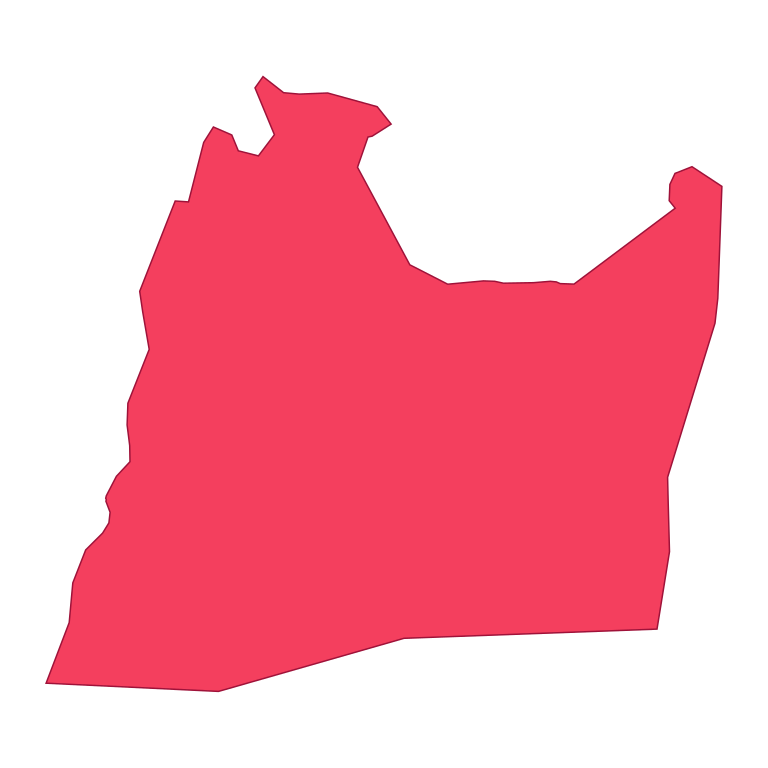 outline of Dikwa, Borno, Nigeria
{"feature_id": "59680162B86155479852967", "entity_name": "Dikwa", "entity_type": "district", "adm_level": 2, "iso_a3": "NGA", "parent_name": "Nigeria", "parent_adm1": "Borno", "projection": "robinson", "projection_center": [14.023, 11.955], "detail": "fine", "context": "isolated", "style": "filled", "palette": "rose", "viewbox_px": 768, "rotation_deg": 0, "n_neighbors": 0, "source": "geoboundaries", "source_scale": "gbopen_adm2", "svg_char_len": 914}
<svg xmlns="http://www.w3.org/2000/svg" viewBox="0 0 768 768"><path d="M46.1,683.2L218.5,691.4L404.0,638.3L657.0,629.1L659.0,616.8L669.5,551.7L668.1,498.8L667.6,477.3L715.0,323.2L717.8,298.4L718.6,276.9L721.9,186.4L692.0,166.7L675.0,173.4L669.9,184.4L669.2,200.7L675.2,208.2L574.0,284.1L560.2,283.6L556.3,281.9L550.3,281.3L533.3,282.7L503.5,283.2L494.7,281.3L483.5,280.9L447.7,284.2L409.8,264.8L376.2,202.1L357.5,167.3L368.0,137.0L372.1,136.2L391.1,124.1L377.2,106.7L327.7,93.0L299.2,94.1L283.6,92.7L263.0,76.6L255.0,87.9L274.4,134.7L258.4,155.9L238.3,150.8L231.8,135.0L213.4,127.0L203.7,142.4L188.5,201.9L175.2,201.0L139.7,291.3L142.7,311.8L149.2,349.4L127.9,403.2L127.1,425.0L129.7,445.6L130.0,461.7L116.4,476.3L108.2,492.1L106.3,495.8L105.7,498.3L106.3,499.7L105.9,501.2L110.1,512.3L108.9,522.9L102.6,533.1L85.7,549.9L72.8,582.9L69.2,622.6L46.1,683.2Z" fill="#f43f5e" stroke="#9f1239" stroke-width="1.5"/></svg>